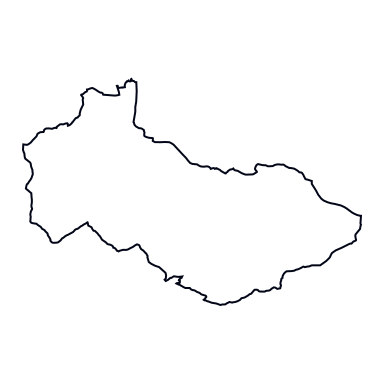 outline of Leordina, Maramures, Romania
{"feature_id": "2599482B17965531619441", "entity_name": "Leordina", "entity_type": "district", "adm_level": 2, "iso_a3": "ROU", "parent_name": "Romania", "parent_adm1": "Maramures", "projection": "natural_earth1", "projection_center": [24.258, 47.775], "detail": "fine", "context": "isolated", "style": "outline", "palette": "ink", "viewbox_px": 384, "rotation_deg": 0, "n_neighbors": 0, "source": "geoboundaries", "source_scale": "gbopen_adm2", "svg_char_len": 5926}
<svg xmlns="http://www.w3.org/2000/svg" viewBox="0 0 384 384"><path d="M220.5,305.0L222.1,304.5L225.2,304.4L226.5,303.6L226.6,303.4L229.6,302.0L232.2,302.6L233.0,302.3L235.1,302.0L237.6,301.2L240.0,299.9L241.4,298.3L241.9,298.1L243.9,297.7L245.2,297.2L248.3,295.3L249.6,294.2L251.2,293.7L254.5,289.8L256.8,289.7L257.8,290.0L258.6,290.9L259.1,291.3L260.4,291.6L261.2,291.5L261.9,291.6L264.7,291.6L266.2,290.8L268.9,290.6L270.0,290.2L271.5,288.8L273.7,287.4L274.9,287.5L275.6,287.8L277.3,288.9L280.2,288.3L280.4,287.7L280.7,286.1L281.0,285.6L280.9,285.0L280.4,284.0L280.6,282.0L281.2,280.4L281.3,279.0L281.6,278.6L282.5,277.9L282.5,277.1L282.7,276.0L283.9,273.7L285.2,272.3L286.6,271.3L291.3,271.1L294.2,270.7L296.1,269.7L297.7,269.4L300.5,268.2L303.1,266.7L303.6,266.6L304.5,267.1L305.8,267.0L306.5,266.7L309.1,266.4L311.9,265.3L320.2,265.3L326.1,261.1L329.1,258.2L330.1,256.9L330.9,254.9L332.0,253.0L335.7,250.4L341.6,247.8L349.4,243.9L350.7,243.5L351.5,243.6L353.3,241.6L355.7,240.6L356.1,240.0L355.7,238.4L355.3,235.9L355.5,234.5L360.0,229.0L360.6,225.5L361.0,224.8L360.5,223.8L360.5,222.8L361.0,215.8L359.8,215.7L357.1,215.0L354.4,213.8L352.2,212.6L346.5,208.4L344.4,207.1L341.0,205.5L334.6,203.9L331.1,203.3L327.4,202.2L323.6,200.5L321.3,198.7L318.2,194.7L316.0,190.5L311.8,183.9L311.8,181.0L307.4,179.6L305.7,179.2L305.3,178.9L304.6,177.4L304.2,176.8L303.1,174.4L302.6,173.9L302.2,173.1L301.3,172.5L299.4,172.3L297.9,170.9L295.2,169.2L294.0,168.6L291.3,168.1L289.0,167.9L286.8,166.7L286.1,166.5L283.9,164.8L283.3,164.6L281.4,164.7L279.1,164.4L277.3,164.4L274.9,164.9L272.9,166.0L272.3,166.1L268.1,166.3L267.0,165.9L265.9,165.3L262.4,165.1L258.1,164.1L257.5,164.3L256.4,165.3L255.5,166.9L255.0,168.8L255.3,169.7L256.8,171.5L256.9,171.8L256.8,172.1L253.5,174.1L252.7,174.4L247.3,174.6L245.7,174.6L244.5,174.3L241.8,173.2L237.8,170.9L236.8,170.6L235.2,170.4L234.2,169.8L233.3,168.5L232.8,168.9L232.1,169.2L230.0,169.6L229.1,170.3L228.1,170.9L227.3,172.1L226.3,172.5L225.8,173.4L225.2,173.4L221.2,171.1L219.8,169.8L218.3,169.2L217.6,168.7L216.3,168.2L216.0,168.8L215.8,168.8L215.2,168.6L214.7,168.8L214.1,168.2L213.6,168.1L212.1,168.3L210.8,168.9L210.3,168.0L209.0,166.9L207.6,166.4L206.1,166.4L204.0,166.7L202.0,166.6L200.4,166.3L198.4,165.3L197.2,164.4L192.3,163.9L190.2,163.0L188.1,160.7L185.9,157.8L182.1,153.9L173.6,144.7L171.2,143.1L169.2,142.2L164.9,142.0L160.3,142.2L154.9,142.1L152.8,141.0L152.9,138.3L152.2,138.0L149.8,137.9L148.2,137.6L146.0,136.9L144.7,136.2L144.3,135.8L144.2,135.1L144.3,133.4L144.5,132.8L144.4,132.1L144.0,131.4L143.9,130.1L142.1,128.8L141.2,128.4L138.8,128.1L135.8,126.3L134.4,124.6L134.0,122.8L133.5,122.2L135.3,111.8L135.3,107.0L136.2,101.7L136.7,91.2L136.3,82.2L135.2,82.2L133.8,81.0L133.0,81.0L132.3,80.5L131.7,79.8L131.4,79.0L130.9,79.3L130.9,81.1L130.2,81.4L129.3,81.3L128.7,81.1L128.5,80.6L127.3,81.5L127.0,81.3L125.6,82.8L125.0,84.3L124.7,85.4L124.9,87.2L122.3,87.6L122.2,87.4L118.3,88.0L117.6,85.8L116.9,85.9L118.7,91.4L119.0,92.6L119.3,94.8L117.3,95.3L114.9,95.6L103.2,94.7L102.6,93.3L101.9,92.8L101.3,92.6L100.5,92.6L99.3,92.1L95.2,89.4L92.5,88.0L90.4,88.4L88.0,89.4L87.0,89.5L87.1,90.5L86.9,91.2L86.6,91.6L85.4,92.0L83.0,94.1L82.2,94.4L81.3,94.6L81.1,95.0L82.7,97.1L83.2,98.2L82.7,99.5L83.2,104.5L80.6,109.9L79.7,113.6L79.8,115.0L79.6,115.4L78.1,116.8L77.7,117.5L76.0,118.0L75.1,118.9L72.4,122.4L72.2,122.4L71.5,123.5L70.3,124.5L69.7,125.1L67.9,125.7L67.7,123.6L67.4,123.3L65.6,123.5L63.1,124.4L61.1,124.2L60.5,124.3L59.8,124.5L56.8,126.8L56.5,127.2L56.6,127.7L57.3,128.2L55.5,127.8L53.7,128.1L52.2,128.8L48.8,128.4L46.1,128.5L44.8,129.3L44.0,130.2L43.9,131.2L43.5,132.0L40.3,132.2L37.6,133.7L36.6,136.1L35.8,137.1L33.0,139.9L30.8,142.5L29.8,143.3L28.3,144.3L27.1,144.8L26.4,144.8L23.3,144.4L23.0,149.8L23.9,152.7L24.2,153.0L24.4,153.7L24.6,156.0L24.9,157.8L25.4,158.8L29.9,162.3L30.6,163.3L31.2,166.8L32.4,169.9L32.5,171.9L32.7,172.5L32.7,174.7L32.1,176.0L31.7,177.5L30.7,179.4L28.8,182.0L27.9,183.6L27.0,184.2L26.4,185.7L25.9,188.6L31.3,193.2L31.6,197.6L31.9,199.9L31.8,203.1L31.5,204.5L31.4,206.6L32.1,208.6L31.9,209.7L31.5,210.2L30.9,211.4L30.3,214.4L30.7,216.7L30.3,221.5L31.1,222.6L32.3,223.1L35.1,223.6L36.4,223.7L37.7,224.9L40.8,226.9L42.0,228.7L44.6,230.2L45.3,231.3L47.4,233.3L47.7,234.1L47.8,235.2L49.8,238.2L50.4,239.5L50.5,240.3L50.4,240.7L51.1,241.6L51.7,242.2L52.4,242.6L53.3,242.8L54.3,242.8L57.2,242.6L58.3,242.2L60.6,240.4L62.0,238.5L63.4,237.7L65.2,236.2L66.5,235.4L67.8,234.9L73.1,232.0L74.5,230.5L74.9,229.9L76.0,229.2L77.3,228.9L78.1,228.5L80.8,226.3L82.3,225.6L83.4,224.7L86.0,223.4L87.4,222.3L87.6,222.4L87.8,223.2L88.3,225.6L90.9,226.9L91.7,227.5L92.3,229.0L93.5,230.7L94.9,230.9L97.1,233.0L97.8,233.7L98.4,234.7L100.0,236.3L102.0,239.7L105.8,242.3L107.4,244.0L108.6,244.4L110.0,244.6L111.9,245.5L112.8,246.3L113.1,246.9L113.3,247.7L114.2,247.8L114.8,248.1L116.0,249.3L117.0,250.8L117.7,250.9L118.6,251.4L119.6,250.8L122.7,249.9L126.5,249.9L128.3,249.3L130.2,248.2L132.8,247.0L134.7,245.6L136.9,244.4L138.4,244.8L139.1,245.2L139.6,245.9L140.0,247.2L141.2,249.2L143.1,250.4L144.4,251.7L145.3,252.8L145.8,253.1L146.5,253.9L146.8,254.7L147.5,255.7L147.6,256.3L147.4,257.3L148.8,262.0L151.4,263.9L155.2,265.8L159.1,267.1L165.5,272.8L166.1,275.4L165.8,278.4L164.6,279.7L165.7,281.0L168.1,279.8L170.3,277.9L171.4,277.9L173.6,276.4L174.3,276.3L176.3,276.7L178.6,276.9L182.1,276.5L181.9,276.8L181.8,277.6L180.0,278.8L179.5,279.4L179.1,279.6L178.9,280.4L179.8,280.6L179.9,280.9L179.8,281.8L179.9,282.2L179.6,282.9L176.9,283.1L176.4,283.5L178.5,284.5L179.4,284.7L183.9,287.3L185.4,288.0L189.8,288.0L191.0,289.4L192.7,290.1L193.8,290.2L194.5,290.4L196.4,291.5L197.1,292.0L199.2,292.7L200.0,293.2L200.8,294.0L201.7,294.5L205.4,295.6L205.9,295.9L206.3,296.6L206.2,297.2L205.3,298.1L204.8,298.8L203.7,299.8L203.8,299.9L204.4,300.3L206.0,300.5L207.1,301.2L208.7,301.5L209.6,302.0L212.0,302.8L216.3,303.5L220.5,305.0Z" fill="none" stroke="#020617" stroke-width="2"/></svg>